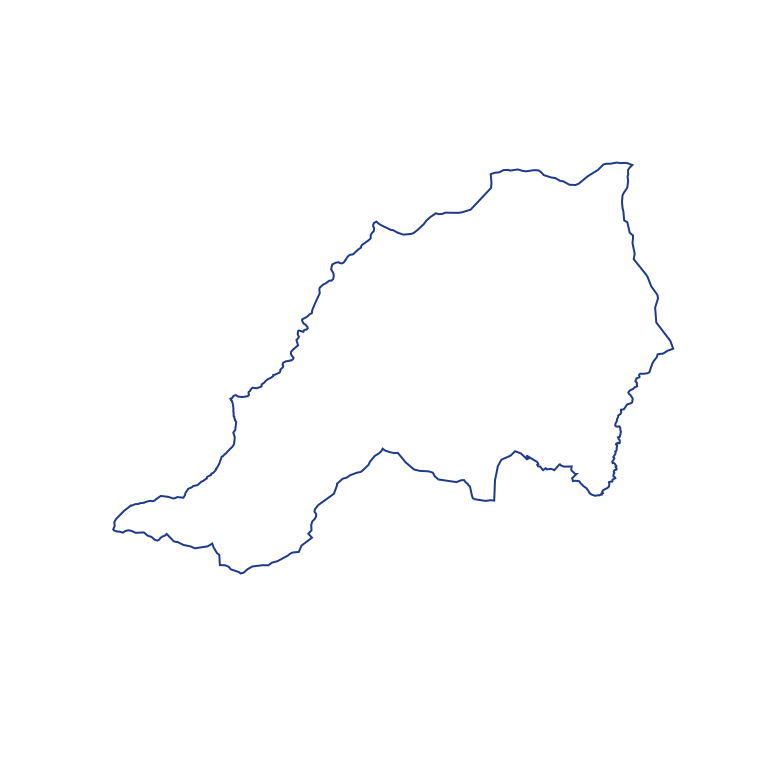 Sinca Noua, Brasov, Romania (Robinson projection), rotated 163°
{"feature_id": "2599482B61334346881644", "entity_name": "Sinca Noua", "entity_type": "district", "adm_level": 2, "iso_a3": "ROU", "parent_name": "Romania", "parent_adm1": "Brasov", "projection": "robinson", "projection_center": [25.297, 45.691], "detail": "fine", "context": "isolated", "style": "outline", "palette": "blue", "viewbox_px": 768, "rotation_deg": 163, "n_neighbors": 0, "source": "geoboundaries", "source_scale": "gbopen_adm2", "svg_char_len": 6149}
<svg xmlns="http://www.w3.org/2000/svg" viewBox="0 0 768 768"><g transform="rotate(163 384 384)"><path d="M220.6,553.5L222.5,544.7L224.3,540.2L250.2,525.4L259.6,525.4L263.1,526.0L275.5,530.0L278.3,529.6L282.0,530.4L284.5,532.1L290.6,530.2L295.5,528.0L299.3,525.2L306.0,521.9L311.5,519.7L314.2,519.6L321.9,521.2L326.9,524.9L330.5,528.6L332.6,529.5L340.1,536.5L341.9,538.5L343.8,541.5L346.6,540.9L347.7,539.5L348.3,537.8L347.8,536.0L349.2,533.0L351.0,532.2L353.1,530.4L354.2,527.2L356.3,526.1L364.6,523.3L365.9,521.9L366.1,521.2L369.5,520.1L375.7,517.1L379.0,517.5L381.4,516.5L386.9,512.0L388.7,511.6L391.1,512.6L391.8,513.8L394.7,514.1L398.5,513.5L401.1,509.0L400.1,505.4L400.3,502.3L401.9,499.3L403.8,498.2L406.3,498.8L409.2,497.6L413.5,496.7L417.3,494.9L418.2,493.4L418.9,489.6L427.3,480.2L431.3,475.2L431.9,473.4L432.5,472.7L434.2,472.6L438.0,470.8L443.4,469.7L443.7,469.1L443.6,466.6L443.1,465.2L441.6,463.5L440.6,461.1L440.6,459.6L442.2,458.7L443.9,459.0L444.8,458.7L445.5,458.3L445.6,457.6L446.1,457.5L449.5,460.0L450.6,459.7L452.0,456.9L451.6,453.9L453.0,452.7L454.9,451.6L454.9,446.1L460.5,443.7L463.3,442.1L464.2,440.4L464.0,438.3L462.8,435.6L463.6,434.4L465.9,433.6L466.6,434.0L468.8,433.8L470.7,434.4L474.1,433.9L475.4,432.1L475.1,430.5L475.9,429.6L479.0,427.9L479.1,427.0L480.4,425.5L485.3,424.8L487.3,425.0L487.7,423.9L490.4,423.0L493.5,422.6L496.5,421.4L498.1,420.3L500.6,419.6L501.4,419.0L501.5,417.9L502.5,417.3L507.2,417.2L511.0,418.9L513.5,417.3L514.1,416.5L515.8,415.9L516.2,415.2L516.3,413.1L517.9,412.2L523.1,412.9L527.0,414.5L528.9,416.6L529.6,416.8L531.5,416.5L533.4,415.0L535.2,414.8L535.1,413.4L534.6,413.2L534.4,412.2L534.4,409.2L535.1,404.7L536.2,401.7L536.1,400.7L537.2,397.3L536.7,396.5L537.1,395.5L536.8,393.3L537.2,392.8L536.7,392.1L536.5,390.7L539.7,383.6L542.3,381.6L542.3,376.6L544.6,371.2L545.4,369.9L547.4,368.3L553.6,365.1L555.0,364.0L557.0,363.4L558.6,362.3L560.6,361.8L564.9,355.9L567.8,353.0L569.4,352.1L569.4,351.4L571.5,350.0L573.0,349.1L575.3,348.7L575.9,347.6L580.2,346.9L580.7,346.5L581.1,345.4L581.9,345.4L585.0,344.2L586.9,344.1L591.9,341.8L596.1,342.2L598.1,341.4L601.8,341.0L605.6,338.0L606.9,335.8L609.1,333.9L614.6,336.3L617.4,335.9L619.3,336.3L623.2,339.1L630.2,342.2L635.6,340.5L636.9,339.8L639.4,339.5L641.4,340.5L642.7,340.7L645.3,340.9L648.4,340.6L652.4,341.4L653.8,341.1L657.1,341.8L661.4,341.5L661.6,341.8L669.9,338.6L679.9,333.1L682.3,330.7L683.1,326.9L685.5,324.1L685.0,322.9L682.6,321.1L680.2,320.2L677.2,318.2L674.6,319.0L671.3,318.9L668.2,317.2L665.1,314.3L657.1,312.3L654.2,307.9L651.1,305.8L648.8,302.0L646.5,300.5L644.4,300.9L642.8,302.2L640.2,302.9L637.3,303.2L635.7,304.2L631.1,295.1L628.9,293.6L627.9,293.5L622.8,288.7L616.4,285.2L613.0,282.2L600.1,280.3L594.9,281.6L594.8,277.8L593.2,271.3L591.5,268.7L593.9,258.8L588.9,257.1L585.8,254.5L584.8,251.6L577.6,246.5L576.6,244.8L573.3,244.6L568.6,246.8L563.2,248.0L553.0,246.2L547.6,244.4L543.3,245.9L537.7,245.7L525.9,248.1L523.4,249.2L520.2,249.5L514.6,248.3L510.1,253.6L497.8,258.1L500.1,262.9L496.1,265.3L494.8,270.5L492.8,273.5L489.5,275.3L487.6,277.3L486.9,279.4L487.8,282.2L486.8,284.3L482.4,287.4L463.9,293.7L458.3,301.2L458.2,302.3L451.2,305.5L447.0,305.4L442.9,306.7L436.0,307.1L432.1,306.7L429.4,307.7L422.6,311.1L420.2,313.7L413.9,317.9L408.9,319.2L406.3,320.5L404.2,322.5L402.4,320.0L397.7,316.7L394.3,314.9L390.9,314.1L386.2,302.7L380.3,293.5L375.3,290.5L366.8,287.4L363.2,284.9L362.5,281.0L359.9,276.8L343.4,269.0L338.3,269.4L335.5,268.7L334.9,266.6L333.0,263.7L333.0,262.9L331.9,261.2L331.8,260.1L332.5,252.1L332.5,249.4L332.4,248.8L330.9,247.3L321.3,242.6L316.1,241.7L312.7,240.3L306.0,259.5L299.1,272.2L293.8,277.3L283.8,278.5L278.3,281.4L273.4,277.6L269.2,270.2L267.4,270.6L268.7,274.0L260.4,264.7L259.8,262.3L261.1,261.9L260.8,260.3L258.8,259.4L257.1,255.1L254.0,256.2L253.3,254.8L248.7,253.9L246.3,251.8L239.7,255.8L239.1,255.6L238.6,254.3L235.9,252.3L228.7,250.3L229.9,247.7L229.9,246.4L227.4,241.9L226.3,241.6L231.6,238.9L231.7,235.9L229.2,235.5L225.8,234.0L225.0,231.6L223.0,227.9L220.9,225.1L219.5,221.0L219.3,219.3L218.8,219.1L217.9,217.6L214.6,215.3L211.9,215.1L211.0,214.6L209.4,214.8L207.1,214.4L208.2,215.0L208.2,215.5L207.5,216.1L206.6,215.8L206.8,217.1L205.4,218.4L200.5,219.3L198.7,220.3L197.7,222.7L197.7,224.1L197.5,224.4L195.7,224.4L194.5,223.9L194.2,224.0L193.4,225.7L190.3,226.3L190.5,227.3L191.6,228.5L191.5,229.2L190.8,230.6L189.7,231.6L190.0,232.9L189.5,233.5L188.8,234.2L186.9,234.2L186.3,234.7L186.8,236.8L185.9,237.1L185.8,237.5L186.8,240.7L187.8,241.5L188.4,241.5L188.5,242.8L185.5,245.4L185.4,245.9L186.0,246.7L186.0,247.2L183.2,249.4L182.4,251.2L182.6,251.7L181.3,252.3L180.6,253.4L180.3,254.7L179.1,256.9L179.0,257.4L179.8,258.2L179.7,258.7L178.4,259.3L177.5,259.2L176.4,258.5L175.9,258.6L175.0,261.2L175.8,263.1L175.6,263.8L175.8,264.6L173.9,264.6L171.4,269.0L171.3,271.6L170.9,273.0L171.2,274.6L173.5,275.0L174.5,275.6L175.0,276.5L174.3,278.4L172.2,280.4L171.6,282.0L169.6,284.2L169.3,285.4L166.8,286.1L165.9,287.0L165.3,288.1L165.0,290.1L162.0,289.7L157.4,293.4L153.4,293.4L152.1,293.8L150.5,297.1L150.5,297.9L151.6,301.5L152.7,303.0L152.8,304.5L151.0,305.9L147.2,306.5L145.2,307.6L142.6,307.7L142.4,309.6L141.8,311.2L142.8,312.9L142.5,313.5L141.5,314.6L141.1,315.5L137.8,315.8L137.5,316.3L137.4,318.1L136.9,318.6L135.8,318.9L132.1,317.7L128.9,317.3L126.8,317.6L121.9,324.5L119.2,327.2L115.4,329.8L113.6,332.4L108.0,331.5L103.3,332.9L97.1,333.2L97.6,341.6L105.6,363.2L102.4,377.7L96.9,385.8L96.5,389.4L99.9,399.3L100.6,409.2L101.5,412.4L108.7,430.4L106.2,435.1L105.2,446.0L103.4,450.2L102.5,453.3L104.8,456.8L104.0,467.7L106.5,470.2L104.7,478.6L104.4,482.7L103.6,486.6L102.9,489.3L100.7,494.7L99.0,496.5L93.9,500.7L91.1,507.0L90.4,511.2L89.3,512.7L88.1,517.2L86.1,518.9L82.5,520.8L86.5,523.9L88.6,524.9L93.4,526.1L96.5,527.7L103.4,528.5L106.8,529.6L109.9,529.8L116.9,526.1L128.5,523.1L139.0,518.7L142.6,518.3L148.4,520.3L153.2,525.3L156.5,527.0L159.8,530.8L163.7,532.6L170.2,537.1L171.8,540.6L173.9,543.2L178.3,544.7L185.8,545.8L189.0,547.2L193.2,550.0L200.9,551.2L202.5,552.4L207.3,553.6L212.1,552.7L215.9,553.6L220.6,553.5Z" fill="none" stroke="#1e3a8a" stroke-width="2"/></g></svg>